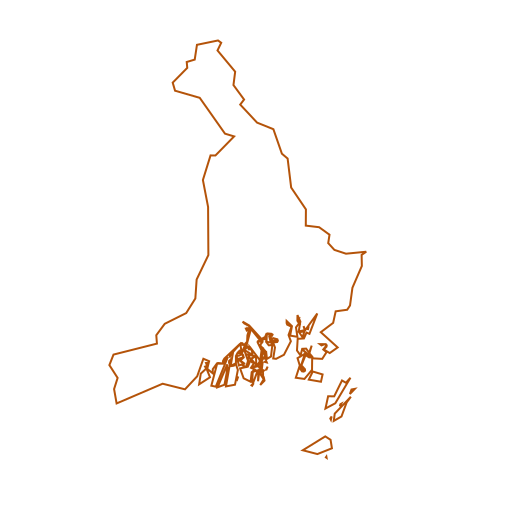 Bulungan, Kalimantan Timur, Indonesia (orthographic projection), rotated 111°
{"feature_id": "22746128B10941975158621", "entity_name": "Bulungan", "entity_type": "district", "adm_level": 2, "iso_a3": "IDN", "parent_name": "Indonesia", "parent_adm1": "Kalimantan Timur", "projection": "orthographic", "projection_center": [117.459, 2.847], "detail": "fine", "context": "isolated", "style": "outline", "palette": "amber", "viewbox_px": 512, "rotation_deg": 111, "n_neighbors": 0, "source": "geoboundaries", "source_scale": "gbopen_adm2", "svg_char_len": 6136}
<svg xmlns="http://www.w3.org/2000/svg" viewBox="0 0 512 512"><g transform="rotate(111 256 256)"><path d="M443.6,333.3L408.7,297.4L405.9,274.5L389.4,267.8L370.8,268.3L371.0,262.1L378.8,261.1L381.0,254.4L377.1,255.8L370.1,253.9L369.5,253.1L368.1,248.1L366.0,249.2L363.1,248.8L343.8,239.5L342.5,238.3L342.3,237.7L342.5,237.0L343.8,236.8L343.4,235.3L339.2,233.6L333.1,235.6L330.4,235.8L328.2,234.7L328.8,238.0L327.4,239.4L325.2,235.6L323.8,237.7L323.2,242.6L322.5,244.2L322.2,244.1L323.3,237.5L331.5,221.2L328.4,218.5L325.0,218.4L324.2,217.6L323.1,213.7L323.4,212.4L324.7,212.4L326.1,214.5L327.5,211.6L330.2,211.9L326.5,210.5L326.1,206.2L327.3,205.2L328.7,205.4L330.6,209.1L334.6,205.5L345.5,203.2L344.8,200.4L338.2,194.5L323.1,192.9L318.1,197.3L309.3,197.5L308.9,202.3L307.6,203.4L305.7,204.1L308.6,197.3L318.1,195.6L316.6,188.4L308.3,193.1L303.1,191.6L302.3,193.4L301.5,194.2L296.3,196.1L301.3,191.1L311.1,189.1L307.8,183.9L304.4,186.5L307.6,183.5L287.7,178.2L309.5,178.2L309.4,181.4L315.8,181.7L318.4,187.4L329.5,183.9L332.9,178.8L326.1,179.6L324.5,176.0L327.3,171.7L319.7,171.9L327.7,171.3L330.0,167.1L331.2,166.3L328.3,157.3L320.5,155.7L319.2,159.7L314.4,158.2L313.6,160.1L316.0,162.8L315.4,164.8L313.3,159.2L314.0,158.0L315.4,157.7L319.0,159.2L320.2,152.4L312.1,147.0L303.9,168.2L290.8,160.0L279.1,161.8L273.5,151.6L268.5,150.5L251.1,154.6L227.4,153.6L217.1,157.8L212.5,154.6L221.6,172.8L222.2,185.0L218.1,193.2L209.8,195.0L206.5,207.4L209.8,220.4L194.6,226.1L179.5,247.7L153.7,261.4L151.2,268.5L131.4,285.2L131.1,302.8L120.3,325.0L114.2,323.2L104.5,338.3L91.4,341.5L77.9,365.6L69.4,364.9L68.4,368.7L80.0,386.8L94.6,383.6L99.7,390.2L105.0,387.6L124.0,395.9L130.7,390.8L128.5,365.2L152.9,328.8L152.2,319.3L176.7,329.9L178.4,334.5L204.1,332.8L227.4,318.3L272.2,300.8L299.2,303.0L317.4,297.4L334.3,300.7L352.0,316.9L365.7,320.7L373.3,317.1L399.1,353.7L410.4,353.8L419.4,341.5L431.1,340.8L443.6,333.3ZM418.9,127.7L408.3,116.2L400.9,120.5L399.6,126.7L420.6,142.7L418.9,127.7ZM357.9,214.3L350.5,215.0L342.1,217.0L336.1,223.5L335.2,223.8L334.7,223.6L333.5,221.6L325.7,235.0L327.3,236.1L327.5,234.8L328.5,234.3L345.1,232.6L343.8,231.5L343.9,230.6L343.0,230.0L342.9,229.6L343.0,229.3L351.6,215.5L353.5,214.7L357.2,215.8L362.1,220.2L357.9,214.3ZM365.1,129.2L335.8,124.2L342.1,126.6L341.4,131.1L359.0,132.7L361.1,138.4L373.5,136.5L365.1,129.2ZM342.2,162.9L330.6,167.2L331.6,170.0L330.8,174.2L341.8,174.4L344.2,169.7L345.5,169.1L346.8,170.0L347.2,171.7L344.4,175.8L355.4,175.2L353.4,166.7L342.2,162.9ZM392.4,246.7L360.4,246.1L368.3,248.1L370.4,253.7L393.1,251.2L392.4,246.7ZM383.7,229.5L368.9,232.1L363.8,236.3L366.3,237.3L367.8,239.9L367.8,240.6L365.6,241.8L388.5,237.3L383.7,229.5ZM344.5,206.0L331.4,209.3L333.9,210.1L334.8,212.1L332.5,215.8L329.8,216.5L331.8,221.1L331.5,223.9L332.8,219.5L333.8,219.1L337.8,220.3L342.0,212.1L348.1,208.9L344.5,206.0ZM375.3,216.0L366.0,218.4L362.4,216.5L362.2,220.6L356.5,219.4L356.7,221.6L355.8,223.2L354.7,223.7L362.3,224.0L366.6,230.6L374.6,223.7L375.3,216.0ZM375.2,118.7L360.3,118.9L353.4,117.0L374.9,126.0L382.1,124.3L375.2,118.7ZM350.1,150.3L342.7,151.4L343.5,161.6L352.5,162.4L350.1,150.3ZM396.2,263.1L385.7,255.5L378.7,262.0L385.6,265.4L396.2,263.1ZM349.4,235.8L343.7,239.2L353.6,243.0L367.7,240.3L363.3,236.3L356.6,238.9L352.9,238.5L350.1,237.3L349.4,235.8ZM387.5,239.3L376.0,241.4L367.4,244.0L392.3,244.8L387.5,239.3ZM342.9,234.3L348.3,234.5L348.4,234.2L348.8,234.1L352.1,234.4L353.1,232.5L355.1,231.1L358.1,232.7L358.6,235.1L360.5,228.6L363.0,229.0L363.0,225.4L356.7,225.9L347.8,233.4L342.9,234.3ZM331.3,210.1L326.7,205.9L330.5,211.9L326.5,214.7L325.1,214.4L323.7,212.7L324.9,218.0L332.3,215.4L331.3,210.1ZM343.9,174.8L346.0,169.6L341.7,174.7L329.7,175.3L336.5,180.6L343.9,174.8ZM365.4,217.5L374.7,214.5L375.4,213.2L362.1,213.4L365.4,217.5ZM361.1,209.6L352.0,211.9L365.1,211.4L364.5,209.6L361.1,209.6ZM356.4,238.3L364.3,232.7L361.0,228.8L359.1,235.0L358.0,235.2L355.1,231.3L352.3,234.3L353.3,234.6L355.0,236.0L356.4,238.3ZM357.6,216.7L349.6,220.1L353.8,223.7L357.6,216.7ZM347.9,233.1L349.6,223.8L345.0,226.4L345.6,229.3L343.9,231.4L347.9,233.1ZM328.9,174.3L331.2,170.7L330.4,168.8L326.5,179.3L328.9,174.3ZM351.6,213.0L345.8,211.9L342.9,216.1L351.6,213.0ZM311.7,188.5L315.2,183.4L309.1,183.8L311.7,188.5ZM374.9,205.8L369.3,203.4L367.6,204.5L374.9,205.8ZM346.4,119.0L351.2,118.9L344.6,116.1L346.4,119.0ZM354.2,224.4L350.9,221.5L350.0,221.7L350.9,228.1L354.2,224.4ZM366.2,211.3L372.2,209.2L365.7,210.8L366.2,211.3ZM365.3,208.8L367.8,205.4L363.5,207.2L365.3,208.8ZM353.7,238.5L351.9,235.6L349.9,235.8L353.7,238.5ZM335.0,223.6L334.1,219.5L332.9,219.8L335.0,223.6ZM378.5,213.1L375.6,212.6L378.3,213.9L378.5,213.1ZM378.3,229.3L374.9,229.4L377.9,230.2L378.3,229.3ZM356.0,244.8L360.4,244.3L355.5,244.1L356.0,244.8ZM373.8,264.3L374.9,263.3L373.0,262.6L373.8,264.3ZM351.7,209.8L351.5,207.8L350.2,209.0L351.7,209.8ZM377.5,263.9L378.5,262.7L376.5,262.7L377.5,263.9ZM300.9,193.3L302.2,193.1L302.7,191.2L299.7,192.9L300.9,193.3ZM354.8,212.7L351.8,213.6L355.2,213.3L354.8,212.7ZM343.0,229.7L345.2,228.8L344.2,227.9L343.0,229.7ZM362.8,208.6L360.7,207.7L359.2,208.0L362.8,208.6ZM358.2,205.5L355.1,205.5L358.4,205.8L358.2,205.5ZM363.7,243.5L366.2,242.6L362.8,243.1L363.7,243.5ZM348.9,234.2L349.8,235.4L352.1,234.6L348.9,234.2ZM342.5,212.2L343.5,213.3L345.0,211.7L342.5,212.2ZM326.7,238.1L328.5,237.5L327.2,236.4L326.7,238.1ZM364.1,124.1L366.3,123.9L363.4,123.5L364.1,124.1ZM358.5,213.5L359.5,212.5L358.0,213.1L358.5,213.5ZM353.0,226.5L354.1,226.6L354.8,225.2L353.0,226.5ZM371.4,242.5L373.2,241.7L369.7,242.4L371.4,242.5ZM381.1,128.4L382.0,127.4L378.7,127.9L381.1,128.4ZM341.0,215.1L342.2,215.1L342.3,214.1L341.0,215.1ZM346.7,215.8L348.9,214.2L345.7,215.7L346.7,215.8ZM348.7,211.4L348.7,210.6L347.0,211.3L348.7,211.4ZM299.8,194.1L300.8,193.5L299.2,193.5L299.8,194.1ZM355.8,225.2L356.7,225.5L356.9,225.2L355.8,225.2ZM342.4,216.3L342.3,214.9L341.1,216.7L342.4,216.3ZM328.9,174.6L330.3,174.0L330.0,173.5L328.9,174.6ZM419.1,117.8L418.1,118.4L418.9,118.6L419.1,117.8ZM304.6,181.5L306.6,181.1L304.5,181.4L304.6,181.5ZM352.3,234.9L353.0,234.6L352.2,234.6L352.3,234.9Z" fill="none" stroke="#b45309" stroke-width="2"/></g></svg>